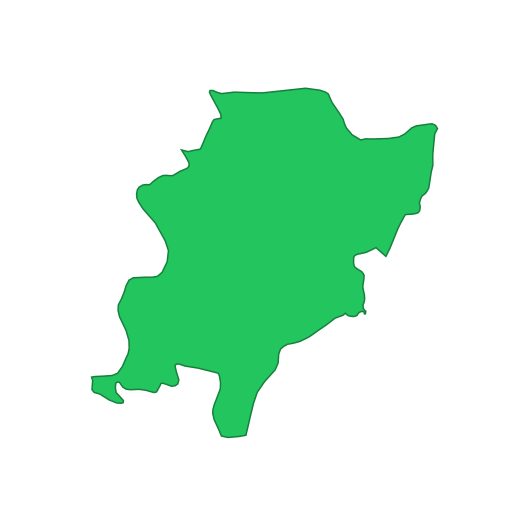 Phuoc Long, Bình Phước, Vietnam (Robinson projection), rotated 112°
{"feature_id": "81297802B44117863394749", "entity_name": "Phuoc Long", "entity_type": "district", "adm_level": 2, "iso_a3": "VNM", "parent_name": "Vietnam", "parent_adm1": "Bình Phước", "projection": "robinson", "projection_center": [107.01, 11.824], "detail": "fine", "context": "isolated", "style": "filled", "palette": "green", "viewbox_px": 512, "rotation_deg": 112, "n_neighbors": 0, "source": "geoboundaries", "source_scale": "gbopen_adm2", "svg_char_len": 3341}
<svg xmlns="http://www.w3.org/2000/svg" viewBox="0 0 512 512"><g transform="rotate(112 256 256)"><path d="M426.0,198.2L402.7,201.8L393.6,203.1L382.2,203.8L380.6,203.5L371.1,201.4L368.1,200.6L361.6,198.2L354.5,195.6L351.4,195.5L347.0,195.4L343.6,196.5L338.4,198.2L333.1,198.4L329.5,196.5L326.0,193.7L323.9,190.3L322.2,187.8L318.7,183.2L317.7,182.3L310.7,176.2L308.3,174.6L302.8,171.1L292.4,164.3L286.9,161.1L283.9,159.3L278.2,153.0L275.7,151.8L276.1,150.7L276.5,149.2L276.7,148.0L276.7,147.3L276.1,144.6L275.5,142.7L275.1,142.2L274.4,141.2L273.4,140.2L272.8,140.0L271.7,139.9L270.3,139.4L269.1,138.7L267.8,137.2L267.5,136.5L267.4,135.4L267.6,134.7L268.1,134.3L268.7,134.1L269.0,133.7L269.0,133.2L268.6,132.9L268.1,133.0L267.8,133.1L266.1,133.5L265.8,134.5L265.3,135.6L264.3,136.8L263.4,137.5L261.5,138.3L260.6,138.5L258.6,138.4L255.3,139.1L252.2,140.5L246.0,144.6L244.2,145.6L237.1,147.3L233.7,148.4L232.2,149.9L230.9,152.2L230.8,152.7L230.0,157.5L229.2,160.4L228.5,161.2L226.1,162.8L221.9,164.5L220.0,164.9L218.9,164.7L217.8,164.0L216.8,163.0L215.9,161.9L212.5,156.8L211.1,155.0L206.5,150.7L203.3,147.9L207.7,135.4L198.6,134.7L187.3,134.7L177.7,134.7L170.9,134.2L161.7,133.1L157.9,125.4L155.4,122.1L152.7,121.2L149.0,122.1L145.6,124.3L142.1,124.8L138.4,124.6L134.4,122.3L132.0,121.8L128.4,121.3L121.7,122.8L112.9,124.9L106.0,125.9L95.7,130.1L84.1,133.6L75.9,136.0L70.2,135.5L70.0,135.4L68.5,137.2L67.5,139.0L67.5,142.5L69.1,145.4L75.3,156.1L79.0,159.7L87.2,163.8L89.8,166.1L92.0,167.9L97.2,176.8L102.8,189.3L106.6,198.8L109.2,202.3L107.6,212.3L103.5,220.1L100.2,223.5L96.4,226.6L91.9,232.9L85.2,243.0L78.7,249.7L78.0,252.8L78.3,258.7L81.9,272.9L102.4,311.2L104.2,315.8L107.4,324.4L112.3,337.8L114.4,341.5L118.3,348.7L118.8,353.0L118.7,358.0L119.7,360.6L121.4,360.6L123.5,358.6L133.1,347.0L137.6,341.9L141.4,339.9L142.4,341.8L145.2,346.0L147.6,346.6L155.9,346.8L162.7,347.3L172.0,347.4L177.3,347.6L178.2,348.3L182.2,354.6L184.6,357.9L185.6,364.8L190.1,358.5L194.7,353.1L196.7,352.1L198.0,351.9L199.4,352.2L201.0,353.2L206.2,358.4L211.7,362.5L212.1,362.5L212.9,364.0L213.6,365.3L214.6,368.8L216.2,372.4L219.8,375.8L225.0,379.0L228.3,380.6L229.7,381.3L231.3,385.4L232.8,387.8L235.9,390.1L239.1,390.8L243.4,389.9L247.1,388.0L250.2,384.7L254.7,378.3L259.8,368.2L263.1,361.7L274.3,347.9L276.0,345.8L283.8,339.2L294.6,336.2L299.1,336.5L306.2,336.9L309.7,338.7L311.8,339.8L314.4,344.0L317.0,350.4L322.2,361.7L324.7,363.6L325.9,364.7L332.1,365.3L338.9,364.7L346.1,364.7L352.9,365.3L358.1,363.5L363.3,359.9L373.8,348.5L382.0,342.1L389.1,339.0L394.4,338.0L401.3,338.3L408.6,338.5L413.9,339.8L416.4,340.3L420.6,344.4L424.7,352.8L428.3,360.6L429.9,363.1L432.6,360.8L441.2,358.1L442.9,355.5L443.1,354.5L442.5,349.1L444.5,338.2L444.4,329.9L443.0,325.8L441.7,324.2L439.7,324.8L437.6,329.0L435.0,334.5L430.5,337.2L426.2,338.4L424.8,337.2L424.2,335.4L427.5,330.3L428.1,326.7L427.1,322.5L423.4,314.4L421.8,308.1L420.8,299.4L419.3,297.3L412.1,296.4L409.9,296.4L408.9,295.0L408.5,290.1L408.4,285.5L406.6,282.4L403.9,280.6L399.8,281.1L392.9,286.7L388.0,290.1L386.1,289.3L385.0,287.1L384.6,280.5L381.7,267.9L380.0,256.1L378.9,247.7L378.8,247.2L380.6,245.2L386.6,241.5L389.8,240.3L392.7,239.3L409.6,239.0L413.9,238.5L417.9,237.3L423.4,233.5L430.9,225.5L435.9,220.6L434.7,213.9L429.8,204.3L426.0,198.2Z" fill="#22c55e" stroke="#15803d" stroke-width="1.5"/></g></svg>